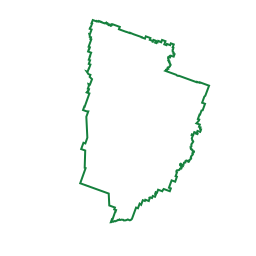 West Arthur, Western Australia, Australia (Albers equal-area conic projection), rotated 290°
{"feature_id": "25037944B89790845522775", "entity_name": "West Arthur", "entity_type": "district", "adm_level": 2, "iso_a3": "AUS", "parent_name": "Australia", "parent_adm1": "Western Australia", "projection": "albers", "projection_center": [116.778, -33.44], "detail": "fine", "context": "isolated", "style": "outline", "palette": "green", "viewbox_px": 256, "rotation_deg": 290, "n_neighbors": 0, "source": "geoboundaries", "source_scale": "gbopen_adm2", "svg_char_len": 5649}
<svg xmlns="http://www.w3.org/2000/svg" viewBox="0 0 256 256"><g transform="rotate(290 128 128)"><path d="M137.7,193.9L138.3,193.1L138.3,192.7L139.2,192.2L140.0,191.5L143.1,191.5L143.1,190.2L143.9,190.2L143.9,191.7L146.8,191.7L146.8,193.9L146.0,193.9L146.0,195.3L146.5,195.3L146.5,194.3L149.0,194.3L149.0,197.1L149.9,197.1L150.3,197.3L150.9,197.1L151.7,197.1L151.7,196.0L151.9,195.8L153.4,195.9L153.4,194.3L155.8,194.3L155.8,190.7L157.9,191.6L159.0,191.8L159.2,192.1L160.3,192.1L160.3,190.6L162.2,190.6L165.1,190.6L165.2,191.1L169.6,191.1L170.2,192.1L177.1,192.1L177.1,189.0L183.6,189.0L184.7,189.6L195.5,189.7L195.5,179.9L195.0,179.9L195.0,177.0L194.5,177.0L194.5,157.9L194.1,157.4L194.1,156.0L194.5,155.2L194.5,143.5L194.8,143.7L194.8,143.9L194.9,144.0L194.8,144.3L195.0,144.3L195.3,144.5L195.5,144.8L195.8,144.7L196.1,144.1L196.3,144.3L196.3,144.5L196.6,144.9L196.7,145.0L197.1,145.4L197.2,145.1L198.0,144.9L198.1,144.6L198.4,144.6L198.5,144.8L198.6,145.0L198.8,145.1L199.0,145.7L199.2,145.9L200.1,146.0L200.3,146.3L201.1,146.3L201.7,146.4L201.9,146.5L202.0,146.4L202.0,146.1L202.5,145.9L202.7,145.3L203.1,145.3L203.6,144.9L203.7,144.6L204.1,144.5L204.3,144.2L204.5,144.2L204.8,144.1L204.8,143.9L204.5,143.7L204.8,143.5L204.8,143.3L205.5,143.0L205.5,142.9L205.8,143.0L206.0,142.9L206.2,142.7L206.8,142.4L206.9,142.0L207.2,142.0L207.4,141.9L207.6,142.0L207.9,141.6L208.3,141.6L208.3,141.9L208.8,142.1L208.6,142.3L208.9,142.7L208.9,143.1L209.1,143.0L209.3,142.7L209.5,142.7L209.4,142.9L209.5,143.1L209.5,143.4L210.0,143.4L210.6,143.5L210.7,146.5L213.3,146.5L213.3,145.2L214.1,145.2L214.6,145.1L215.0,144.3L215.0,143.9L215.9,143.5L216.2,143.4L216.5,143.2L217.0,143.5L219.0,143.2L219.0,142.4L222.2,142.4L222.2,139.3L220.3,139.3L220.3,135.8L219.0,135.8L219.0,133.5L222.4,133.5L222.4,129.9L219.9,129.9L219.9,129.0L220.2,129.0L220.2,126.5L218.6,126.5L218.6,125.6L217.5,125.6L217.5,124.3L219.5,124.3L219.5,121.8L217.5,121.8L217.5,121.5L218.0,121.3L218.3,121.0L218.3,118.3L220.2,118.3L220.2,113.4L217.8,113.4L217.8,109.9L218.1,109.9L218.0,101.1L218.2,97.3L217.8,97.3L217.8,93.6L217.7,93.5L217.7,88.1L217.7,85.7L220.2,85.7L220.2,77.9L220.1,77.5L219.4,77.7L218.9,77.6L218.5,77.1L218.3,77.1L218.1,77.0L218.0,76.7L218.3,76.4L218.4,76.0L218.9,75.8L219.1,75.7L219.0,75.3L218.5,75.2L218.3,75.0L218.0,74.5L218.2,74.2L218.6,74.1L218.9,74.2L218.9,73.6L218.8,73.4L218.8,73.1L219.0,72.9L219.5,72.7L219.4,72.4L219.0,72.2L219.5,71.6L219.0,71.4L218.7,71.1L218.9,70.7L218.6,70.3L218.3,70.1L218.3,66.6L218.6,66.6L218.6,64.1L217.9,64.1L217.9,62.1L217.4,62.1L217.4,58.0L213.9,57.9L213.9,58.6L211.8,58.5L210.8,58.6L209.4,58.1L208.1,58.1L208.1,60.1L202.9,60.1L202.9,59.6L201.3,60.7L200.5,60.9L200.6,62.1L199.9,62.1L199.9,62.3L198.7,62.3L198.7,63.2L190.8,63.2L190.8,64.6L188.6,64.6L188.6,64.3L186.2,64.3L186.2,67.6L182.4,67.6L182.4,67.8L178.7,67.8L178.7,69.2L174.8,69.2L174.8,71.0L170.5,71.0L170.5,70.8L167.0,70.8L167.0,69.8L165.1,72.4L165.1,74.5L162.9,74.5L161.6,77.5L155.8,77.4L155.8,75.8L154.8,76.5L154.8,76.8L151.2,76.8L151.2,78.1L148.8,78.1L149.1,77.6L147.3,77.0L147.3,79.9L133.2,80.0L133.2,79.6L129.5,79.6L129.5,83.2L130.0,85.0L124.3,85.0L105.0,93.1L98.9,93.2L98.9,91.2L92.2,91.2L92.2,95.5L75.8,100.9L75.8,101.9L59.7,102.0L59.8,132.3L48.8,136.9L48.8,142.9L46.8,142.9L46.8,144.9L45.3,144.9L45.4,144.6L36.9,144.7L36.9,144.1L33.6,144.1L33.8,144.5L34.4,144.9L34.5,145.2L34.8,145.7L34.8,146.0L35.0,146.4L35.8,147.0L36.0,147.4L36.0,148.0L36.4,148.5L36.9,148.8L37.7,149.9L37.9,150.1L38.2,150.1L38.3,150.6L38.5,150.9L39.1,151.2L39.0,151.5L38.8,151.8L38.8,152.0L39.8,153.5L39.9,154.4L40.1,155.0L39.8,155.4L39.7,155.6L40.0,156.3L40.1,156.8L40.4,157.1L40.6,157.6L41.0,158.0L41.3,158.5L41.8,158.8L42.0,159.1L41.9,160.5L41.8,161.0L42.0,161.5L42.4,161.9L43.0,162.4L43.5,162.5L44.0,162.8L56.0,162.8L56.0,164.8L60.9,164.8L60.3,166.6L65.2,166.6L65.2,168.8L66.5,168.8L66.5,172.5L67.4,172.4L68.7,172.5L69.5,172.0L70.5,171.7L70.4,171.8L70.4,174.5L72.6,174.5L72.6,176.9L75.3,177.0L75.3,176.0L77.2,176.0L77.2,177.4L80.3,177.4L80.3,181.8L80.9,181.8L81.4,182.0L82.0,182.1L82.9,182.4L82.9,188.9L85.9,188.9L85.9,186.9L93.7,186.9L93.7,190.7L99.0,190.6L99.0,189.2L103.0,189.2L103.0,188.9L103.2,188.5L104.1,188.2L104.7,188.3L105.0,188.5L105.1,188.9L105.6,189.6L105.7,189.9L105.7,190.1L105.9,190.3L106.8,190.8L107.2,190.7L107.5,190.7L108.2,191.2L108.9,191.5L109.2,191.9L109.1,192.0L109.3,192.0L109.5,192.0L109.6,191.8L110.0,191.1L110.5,190.5L110.5,190.4L110.9,189.6L111.4,189.4L111.9,189.5L112.0,189.4L112.5,189.7L112.5,190.0L112.0,190.7L111.5,191.3L111.4,191.3L111.4,191.8L111.2,192.0L111.2,191.9L111.1,192.1L111.3,192.3L112.2,192.5L112.4,192.7L112.6,192.5L112.8,192.6L113.7,192.5L114.6,192.5L114.8,192.7L114.9,193.3L115.2,193.7L115.5,193.6L115.8,193.6L116.1,193.5L116.3,193.4L116.4,193.6L116.7,193.6L117.2,193.7L117.5,194.2L117.4,194.7L117.5,195.0L117.4,195.4L117.0,196.1L116.8,196.3L116.9,196.6L117.1,196.7L117.4,196.6L117.7,196.8L118.0,196.8L118.1,196.5L118.3,196.6L118.7,196.5L118.9,196.6L119.0,196.9L119.5,197.2L120.3,197.4L120.5,197.5L120.3,197.5L120.8,197.8L121.2,197.7L121.4,197.3L121.4,197.1L121.8,197.0L121.7,197.0L122.4,197.2L122.8,197.0L123.0,197.0L124.7,197.8L125.3,197.9L125.4,197.5L125.7,197.3L126.1,197.5L126.5,197.2L127.0,197.7L127.3,197.8L127.8,197.7L127.9,198.1L128.6,198.0L128.7,197.7L128.4,197.0L128.5,196.7L128.7,196.3L129.6,195.9L129.7,195.4L129.8,195.2L129.6,195.1L129.5,194.9L129.6,194.5L129.9,194.2L130.1,194.1L130.0,194.3L130.3,194.1L130.2,194.2L130.7,193.6L131.5,193.6L132.4,193.9L133.2,193.6L133.5,193.3L134.2,193.2L134.7,193.2L135.1,193.4L135.3,193.3L135.6,193.5L135.8,193.6L136.6,193.7L137.4,194.0L137.7,193.9Z" fill="none" stroke="#15803d" stroke-width="2"/></g></svg>